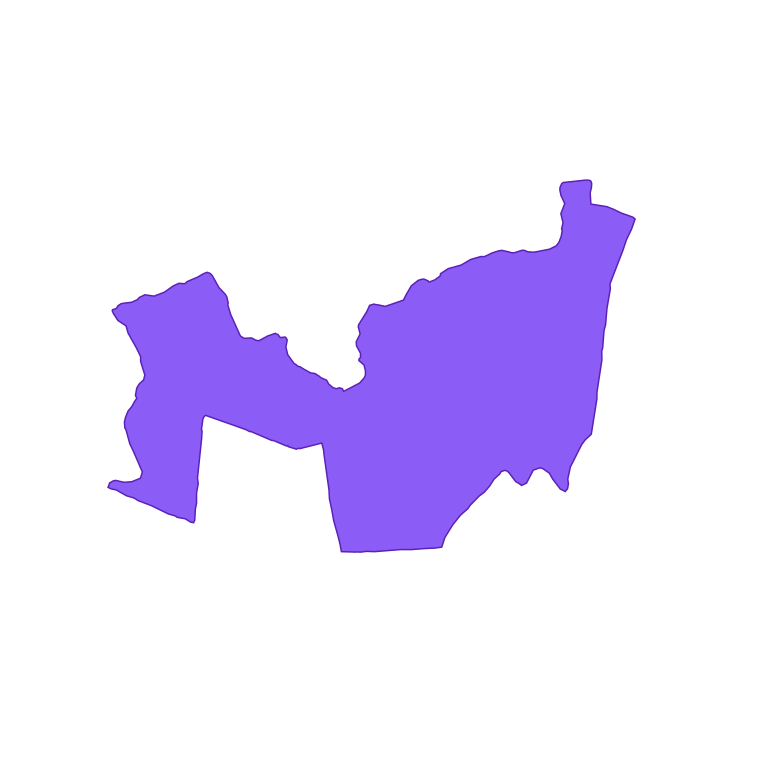 the district of Oratorio, Santa Rosa, Guatemala, rotated 68°
{"feature_id": "79465075B83773112277760", "entity_name": "Oratorio", "entity_type": "district", "adm_level": 2, "iso_a3": "GTM", "parent_name": "Guatemala", "parent_adm1": "Santa Rosa", "projection": "robinson", "projection_center": [-90.174, 14.117], "detail": "fine", "context": "isolated", "style": "filled", "palette": "violet", "viewbox_px": 768, "rotation_deg": 68, "n_neighbors": 0, "source": "geoboundaries", "source_scale": "gbopen_adm2", "svg_char_len": 3479}
<svg xmlns="http://www.w3.org/2000/svg" viewBox="0 0 768 768"><g transform="rotate(68 384 384)"><path d="M213.4,607.7L214.1,608.5L217.3,608.5L225.4,606.9L233.5,601.4L240.9,602.2L257.5,600.1L267.4,599.4L271.9,601.2L286.1,602.4L290.1,605.3L292.4,611.2L295.2,614.8L301.4,618.7L304.7,618.6L306.7,621.7L310.4,626.2L313.1,631.3L317.9,636.0L321.9,638.9L327.6,640.7L330.0,640.4L344.3,642.1L351.5,641.6L375.0,641.0L380.1,645.1L380.1,654.5L377.8,661.8L372.8,669.0L372.4,671.1L372.9,675.4L376.5,678.6L379.0,676.3L382.2,671.6L383.3,670.9L391.2,664.6L396.2,658.3L400.0,655.7L409.3,645.6L423.8,632.5L428.1,627.0L430.1,625.7L433.0,621.2L434.4,618.9L439.6,615.0L441.3,612.5L439.4,610.5L429.4,605.8L424.4,602.5L415.0,598.7L406.6,593.5L401.4,592.2L366.2,573.5L359.5,570.3L357.6,570.2L348.6,565.0L346.5,562.6L346.4,561.0L374.7,529.0L377.9,526.3L378.2,525.2L394.1,509.4L395.3,507.3L404.8,497.8L405.1,496.4L406.1,496.4L411.6,489.7L411.5,487.5L412.4,486.2L415.5,463.8L422.7,464.8L427.2,466.1L461.6,474.7L470.0,477.6L480.8,479.5L491.7,481.8L509.4,483.8L516.7,484.9L523.5,486.3L529.1,473.5L529.5,472.3L531.3,468.1L532.5,463.2L535.9,455.6L543.8,430.4L547.6,421.2L552.3,406.5L555.2,398.3L556.9,391.6L549.2,385.1L547.7,383.1L540.3,373.0L534.3,362.3L531.0,353.0L528.7,349.5L523.5,337.6L521.9,331.5L518.2,324.3L513.4,317.5L510.8,310.4L509.1,308.3L509.3,304.6L510.4,302.8L512.9,301.4L523.7,298.5L527.9,295.4L529.6,294.5L529.3,289.0L519.8,277.9L520.1,270.9L522.0,268.4L528.6,264.1L535.4,263.2L547.4,259.9L551.6,256.2L549.9,253.1L545.7,250.4L540.9,249.2L530.8,242.3L517.3,226.9L514.2,223.4L511.1,218.2L508.2,210.6L477.4,192.1L471.5,189.7L443.4,173.0L435.1,169.8L432.4,167.7L417.1,160.1L411.8,156.2L397.7,149.1L380.6,138.5L375.9,137.0L349.0,111.9L341.1,105.2L333.0,96.3L325.1,89.4L322.6,90.7L313.9,100.5L308.0,105.7L303.0,111.0L294.7,124.8L284.0,121.2L279.4,118.0L276.1,116.4L274.6,116.2L273.5,116.2L272.6,116.7L271.6,118.1L270.3,121.2L267.6,130.9L264.3,142.4L264.9,144.3L267.5,147.0L269.7,148.2L275.5,149.3L284.4,148.8L292.3,156.2L301.6,157.6L306.6,161.2L308.5,161.3L313.5,164.4L318.0,168.6L320.4,172.5L321.0,180.1L318.0,195.5L315.3,201.2L312.7,203.7L311.7,206.0L311.1,214.3L310.0,216.7L308.9,217.9L305.7,222.5L304.2,224.7L303.5,227.8L303.0,234.4L303.5,243.2L302.1,246.5L301.0,256.9L302.6,268.1L301.1,281.2L302.9,290.3L304.1,290.9L305.0,291.8L306.5,297.9L306.4,304.1L305.0,304.4L302.0,307.3L301.1,309.1L300.7,313.5L303.2,321.9L304.6,323.7L309.8,330.4L313.5,334.5L312.5,353.8L309.1,358.8L307.0,362.3L306.1,363.5L305.7,367.9L308.8,371.1L310.4,372.8L319.5,385.3L321.2,386.4L328.6,387.4L334.5,394.0L338.3,395.2L346.6,394.3L350.4,395.7L351.6,397.9L352.9,398.5L359.0,395.4L364.9,396.3L369.0,398.0L371.1,400.4L374.0,406.4L375.7,424.1L372.7,424.4L371.6,425.8L370.7,427.0L370.6,429.8L368.4,432.6L363.2,435.3L358.9,435.8L354.7,440.0L352.6,441.1L348.5,444.0L346.2,447.9L339.9,453.0L336.7,455.3L335.2,457.3L332.9,458.4L331.3,459.7L320.8,462.3L313.0,461.1L307.0,457.3L304.8,457.4L303.4,458.1L302.1,462.8L298.3,463.8L297.5,464.9L296.3,465.8L295.9,474.1L296.8,481.5L297.0,484.0L295.2,486.6L291.7,489.5L289.2,496.7L285.5,499.2L262.0,500.1L252.1,499.2L250.7,498.2L244.5,497.1L241.5,497.5L232.8,500.9L219.1,502.6L216.3,503.8L214.2,506.1L214.1,510.0L215.1,517.0L215.3,528.1L216.4,531.1L213.8,536.5L214.1,542.6L216.6,553.3L216.4,564.2L211.7,572.3L212.1,578.4L213.4,581.2L213.7,587.3L211.7,594.6L211.1,597.7L211.8,601.4L212.6,602.4L213.5,603.6L213.7,604.7L213.4,607.7Z" fill="#8b5cf6" stroke="#5b21b6" stroke-width="1.5"/></g></svg>